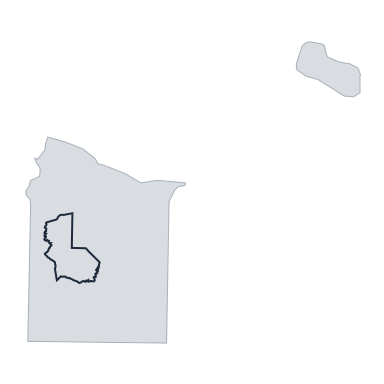 location of Evinayong, Centro Sur, Equatorial Guinea, rotated 91°
{"feature_id": "11065452B18175278434840", "entity_name": "Evinayong", "entity_type": "district", "adm_level": 2, "iso_a3": "GNQ", "parent_name": "Equatorial Guinea", "parent_adm1": "Centro Sur", "projection": "robinson", "projection_center": [10.451, 1.358], "detail": "fine", "context": "in_parent", "style": "outline", "palette": "slate", "viewbox_px": 384, "rotation_deg": 91, "n_neighbors": 0, "source": "geoboundaries", "source_scale": "gbopen_adm2", "svg_char_len": 5624}
<svg xmlns="http://www.w3.org/2000/svg" viewBox="0 0 384 384"><g transform="rotate(91 192 192)"><path d="M343.5,214.8L343.6,242.3L343.8,265.6L343.9,290.8L344.0,317.0L344.1,339.2L344.2,353.6L322.7,353.5L294.2,353.4L265.7,353.3L237.1,353.2L222.8,353.2L207.0,353.1L201.9,353.9L198.4,357.5L194.2,358.3L189.4,355.2L183.4,353.7L181.8,350.5L178.9,344.7L173.0,344.1L170.1,344.7L165.8,348.0L161.1,349.8L162.0,347.1L152.6,339.9L145.8,339.2L139.6,337.0L144.6,318.4L150.9,301.8L160.4,289.4L165.4,286.4L167.0,280.2L174.5,259.8L183.8,243.3L180.9,226.6L183.1,198.5L185.8,199.3L186.2,202.0L186.9,205.9L190.4,209.3L201.9,214.8L236.3,214.8L256.8,214.8L287.0,214.8L319.1,214.8L343.5,214.8ZM71.4,25.7L74.0,26.1L89.7,25.7L94.0,32.0L93.5,41.2L77.3,68.2L74.3,79.6L68.1,89.2L62.7,90.0L44.0,84.4L40.9,80.9L39.8,76.3L41.6,65.5L43.0,62.3L51.9,60.2L54.8,58.5L59.6,46.9L61.1,36.3L65.2,28.3L71.4,25.7Z" fill="#d9dde1" stroke="#a8b0b8" stroke-width="1"/><path d="M263.9,283.1L253.3,294.2L250.1,297.1L250.0,311.2L215.3,311.2L217.2,320.0L217.0,321.3L217.1,321.9L217.2,322.7L217.4,323.4L217.7,323.8L218.4,324.6L218.9,325.2L219.5,325.6L220.1,325.9L220.8,326.1L221.4,326.4L222.0,327.4L224.8,336.5L225.0,337.0L225.4,337.4L225.9,337.3L226.2,337.1L226.9,336.9L227.5,337.0L228.0,337.3L228.3,337.8L228.7,338.1L229.2,338.2L230.0,338.6L230.3,338.4L230.8,337.4L230.9,337.1L231.0,337.1L231.8,337.2L232.1,337.2L232.4,337.1L232.7,337.3L232.9,337.3L233.0,337.3L233.3,337.2L233.5,337.4L233.8,337.4L233.8,337.5L233.8,337.8L233.9,338.0L234.0,338.1L234.1,338.3L234.3,338.4L234.7,338.2L234.9,338.1L235.2,338.0L235.1,338.3L235.1,338.5L235.3,338.7L235.5,338.7L235.8,338.7L236.0,338.7L236.3,338.6L236.3,338.4L236.3,338.2L236.2,338.0L236.4,338.0L236.5,338.0L236.6,337.9L236.6,337.7L236.7,337.8L236.8,337.8L237.1,337.7L237.3,337.8L237.6,337.8L238.0,337.7L238.0,338.0L238.3,338.3L238.2,338.4L238.2,338.5L238.3,338.6L238.5,338.8L238.8,338.7L239.0,338.4L239.3,338.1L239.3,337.9L239.6,337.5L239.6,337.4L239.7,337.2L239.8,337.2L240.0,337.4L240.1,337.5L240.3,337.8L240.5,337.9L240.9,338.2L241.3,338.6L241.5,338.7L241.6,338.8L241.9,338.7L242.3,338.7L242.5,338.5L242.6,338.4L242.6,338.2L242.8,337.8L242.9,337.7L243.0,337.5L243.0,337.4L242.9,337.3L242.9,337.2L243.0,337.2L243.3,336.9L243.2,336.8L243.2,336.7L242.8,336.4L242.8,336.2L242.7,336.1L242.5,335.9L242.7,335.6L242.9,335.2L243.2,334.9L243.3,334.9L243.4,334.7L243.4,334.4L243.6,334.5L243.8,334.4L244.1,334.4L244.3,334.5L244.5,334.5L244.7,334.4L244.8,334.4L245.1,334.0L245.2,333.9L245.3,333.9L245.4,333.7L245.4,333.3L245.5,333.1L245.5,332.9L245.5,332.7L245.6,332.8L245.9,332.8L246.0,332.9L246.3,332.9L246.5,332.8L246.6,332.7L246.7,332.4L246.8,332.2L247.0,332.2L247.3,332.1L247.4,331.9L247.4,331.7L247.6,331.7L247.8,331.6L248.0,331.6L248.1,331.9L248.2,332.2L248.3,332.3L248.6,332.5L248.8,332.6L249.0,332.8L249.3,333.0L249.5,333.1L249.9,333.1L250.0,333.2L250.0,333.3L250.3,333.6L250.7,333.6L250.8,334.0L251.2,334.2L251.4,334.3L251.6,334.3L251.9,334.4L252.4,334.5L252.8,334.6L253.2,334.8L253.4,334.9L253.5,335.1L253.8,335.2L254.1,335.4L254.3,335.5L254.5,335.7L254.6,335.8L254.6,336.0L255.1,336.5L255.2,336.8L255.6,337.3L256.2,338.0L256.4,338.1L256.5,338.1L256.8,337.9L257.0,337.7L257.4,337.3L257.8,337.0L258.0,336.8L258.6,336.1L258.9,335.8L259.6,335.3L259.8,335.1L260.0,334.9L260.1,334.3L260.2,334.0L260.3,333.8L260.4,333.6L261.0,333.1L261.3,332.8L261.5,332.6L261.9,332.1L262.1,331.7L262.3,331.0L262.8,330.3L263.2,329.7L264.5,327.9L264.9,327.8L266.5,327.6L267.5,327.2L268.2,327.2L269.2,327.2L270.0,327.2L270.7,327.8L282.6,325.6L282.0,324.9L281.5,324.4L280.8,323.8L280.0,323.0L278.6,321.6L279.0,320.7L279.1,320.2L279.0,319.6L278.8,319.1L278.7,318.7L278.7,318.4L278.8,318.0L278.8,317.9L278.8,317.6L278.8,317.4L278.8,317.1L279.2,316.8L279.5,316.5L279.8,316.1L279.8,315.5L279.8,314.8L280.0,314.5L280.2,314.2L280.3,313.8L280.3,313.4L280.1,313.2L280.1,312.8L280.3,312.6L280.8,312.0L280.9,311.5L281.1,311.0L281.4,310.3L281.8,309.7L282.2,309.0L282.3,308.4L282.5,308.0L282.8,307.3L282.8,307.0L283.0,306.5L283.1,306.1L283.3,305.7L283.5,305.3L283.8,304.8L284.0,304.5L284.4,303.9L284.8,303.6L284.9,303.1L284.8,302.7L284.6,302.3L284.5,301.9L284.4,301.5L284.2,301.2L283.8,300.8L283.6,300.5L283.5,300.2L283.4,300.0L283.2,299.9L283.0,299.4L282.9,299.2L283.1,298.9L283.0,298.3L283.3,297.5L283.6,297.1L283.3,297.0L283.2,296.8L283.1,296.6L282.9,296.4L282.7,296.3L282.8,296.2L283.0,295.9L283.0,295.6L282.9,295.5L282.8,295.2L282.7,295.2L282.4,295.0L282.4,294.8L282.3,294.6L282.2,294.6L282.0,294.4L281.8,294.1L283.4,294.0L283.4,293.1L283.2,292.6L282.8,292.0L282.7,291.4L282.8,290.9L283.0,290.1L283.1,289.7L283.0,289.0L283.0,288.4L282.6,288.0L282.0,287.7L281.4,287.8L280.7,288.1L280.1,288.3L279.6,288.6L279.1,288.8L278.7,288.6L278.7,287.0L278.5,286.9L278.4,286.7L277.9,286.8L277.7,286.8L277.4,286.9L277.2,287.0L276.7,287.1L276.5,286.8L276.3,286.6L276.1,286.5L275.9,287.0L275.6,287.1L275.5,286.8L275.2,286.7L274.9,286.5L274.8,286.4L274.7,286.2L274.6,285.9L274.6,285.5L274.5,285.3L274.2,285.4L274.0,285.6L273.8,285.6L273.7,285.5L273.6,285.3L273.5,285.2L273.4,285.1L273.2,285.2L273.0,284.9L272.9,284.7L272.6,284.6L272.4,284.6L272.1,284.7L272.0,285.0L272.0,285.4L272.2,285.5L272.3,285.7L272.3,285.9L272.3,286.1L272.1,286.3L271.9,286.4L271.8,286.1L271.6,285.9L271.4,286.0L270.7,286.0L270.3,285.7L270.1,285.5L269.9,285.3L269.7,285.2L269.8,285.1L269.9,284.9L269.7,284.7L269.6,284.3L269.7,284.2L269.3,284.1L269.2,284.1L268.8,283.9L268.6,284.0L268.3,284.1L268.2,283.9L267.9,284.1L267.7,284.1L267.3,284.1L267.1,283.8L266.9,283.7L266.3,283.7L266.0,283.7L265.4,283.6L265.2,283.5L264.8,283.4L264.3,283.2L263.9,283.1Z" fill="none" stroke="#1e293b" stroke-width="2"/></g></svg>